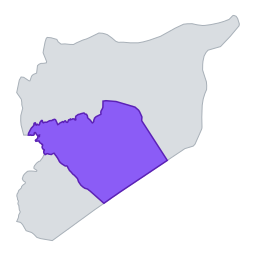 location of Homs (Hims) within Syria
{"feature_id": "SYR-139", "entity_name": "Homs (Hims)", "entity_type": "Province", "adm_level": 1, "iso_a3": "SYR", "parent_name": "Syria", "parent_adm1": "", "projection": "equal_earth", "projection_center": [37.187, 34.261], "detail": "fine", "context": "in_parent", "style": "filled", "palette": "violet", "viewbox_px": 256, "rotation_deg": 0, "n_neighbors": 0, "source": "natural_earth", "source_scale": "10m", "svg_char_len": 6523}
<svg xmlns="http://www.w3.org/2000/svg" viewBox="0 0 256 256"><path d="M21.1,77.0L23.7,77.3L29.1,80.9L30.0,80.8L31.6,76.1L33.2,74.5L36.6,73.1L37.5,65.6L39.1,64.2L41.0,63.4L43.9,63.3L46.4,62.8L46.6,61.5L43.1,52.8L43.4,50.6L45.1,41.9L46.2,38.5L47.2,37.4L51.2,37.8L56.8,39.4L58.2,41.9L61.0,44.1L65.0,43.9L69.8,44.4L73.5,44.5L76.4,42.9L83.0,40.0L86.3,39.0L89.3,37.7L98.9,33.0L102.8,33.3L105.4,34.0L107.4,34.7L112.0,38.0L115.8,41.3L118.4,42.3L123.1,42.2L129.9,42.8L138.3,42.8L143.2,41.9L149.4,40.2L160.5,36.3L175.1,28.2L183.6,24.2L187.3,23.8L192.1,23.7L197.0,24.8L202.5,25.5L205.0,25.4L210.9,24.6L218.5,23.0L223.3,21.6L229.1,19.4L232.7,15.7L233.8,15.4L235.4,16.0L236.1,16.3L237.6,18.4L239.3,23.8L239.3,24.4L239.0,25.9L235.3,30.3L230.3,36.3L226.7,40.1L220.5,46.6L215.9,47.9L208.0,50.2L206.0,52.5L204.1,56.1L203.0,61.1L202.7,64.2L202.6,70.0L204.5,76.0L206.4,81.8L206.7,85.7L206.6,89.5L204.9,93.5L203.2,99.0L202.2,105.3L201.8,117.1L202.0,127.1L201.8,128.8L198.7,135.9L195.0,144.2L193.2,146.1L184.9,148.6L175.8,154.7L165.6,161.5L156.3,167.7L146.6,174.2L136.5,181.0L129.3,185.8L119.6,192.3L110.7,198.5L101.8,204.8L95.0,209.5L84.6,217.1L78.5,221.5L69.5,228.1L61.6,233.8L52.3,240.6L40.6,238.6L36.9,237.4L33.8,234.2L31.6,232.5L26.1,230.7L22.6,224.6L20.5,222.4L16.7,221.5L18.4,217.6L18.7,215.0L20.3,211.9L19.3,209.8L18.8,205.4L18.1,204.4L17.9,203.2L18.4,201.8L18.2,200.4L17.6,199.8L17.3,197.6L16.8,196.0L17.1,194.0L17.9,192.8L18.8,190.3L19.7,189.6L21.3,188.0L21.7,186.4L23.1,184.9L25.0,183.6L25.4,182.6L25.2,182.0L23.3,180.8L22.3,178.8L23.2,175.9L23.8,174.9L25.0,173.5L27.5,171.3L29.5,171.0L31.2,171.0L34.0,171.2L36.3,171.5L36.8,171.0L36.8,170.3L34.0,168.5L33.9,167.1L34.6,165.6L36.5,163.2L38.8,161.4L40.0,161.1L42.7,157.6L44.4,153.6L41.7,144.0L40.0,142.5L37.3,141.2L35.7,141.0L35.6,140.4L37.8,137.9L39.3,135.8L37.6,133.8L34.6,132.9L33.5,134.9L29.6,135.1L23.7,135.1L21.1,125.0L20.7,120.7L20.8,115.6L22.7,108.2L21.8,104.8L21.8,102.5L21.3,99.3L16.7,92.6L19.3,80.1L21.1,77.0Z" fill="#d9dde1" stroke="#a8b0b8" stroke-width="1"/><path d="M37.8,135.4L37.0,135.1L36.4,134.4L35.6,132.8L35.0,132.5L34.3,133.0L34.2,133.4L34.2,134.2L34.1,134.7L33.8,135.0L33.4,135.2L31.4,135.3L31.1,135.2L30.7,134.9L30.4,134.9L30.0,135.2L29.8,135.2L28.3,135.1L28.4,134.6L28.5,133.7L28.5,133.4L30.9,128.8L31.7,127.6L31.8,127.5L32.1,127.4L32.3,127.2L32.9,126.4L33.7,125.6L33.9,125.4L33.9,125.2L33.9,124.9L33.9,124.5L33.9,124.3L33.9,124.1L34.0,123.7L34.1,123.4L34.3,123.1L34.6,123.0L35.2,122.8L35.5,123.2L35.5,123.4L35.4,123.4L35.3,123.5L35.1,123.8L35.1,124.0L35.3,124.1L35.6,124.3L35.9,124.8L36.0,125.0L36.3,125.1L36.8,124.4L37.0,124.2L37.3,124.2L37.5,124.3L37.8,124.8L38.8,125.0L39.0,125.0L39.2,124.8L39.5,124.5L39.5,124.4L39.5,123.9L39.6,123.7L39.8,123.4L39.9,123.1L39.9,122.8L39.9,122.5L40.7,121.5L41.0,121.0L41.3,120.6L41.8,120.4L42.0,120.4L42.1,120.5L42.3,120.6L42.4,120.8L42.4,121.0L42.1,121.3L42.1,121.5L42.5,121.8L42.8,122.0L42.8,122.3L43.0,122.6L43.3,122.7L43.5,122.8L43.7,122.7L43.8,122.7L44.2,122.4L45.0,122.2L46.7,122.3L49.4,120.8L49.7,120.7L49.8,120.7L50.0,120.7L50.3,120.6L50.5,120.6L51.8,120.6L52.4,120.0L52.6,119.9L52.8,119.9L53.1,119.9L53.3,119.9L53.9,119.4L54.1,119.4L54.3,119.3L54.7,119.4L55.1,119.5L55.6,120.0L55.8,120.2L55.8,120.3L56.9,122.6L57.7,124.6L58.4,124.4L58.6,124.2L60.3,122.7L60.6,122.6L60.9,122.5L61.4,122.4L61.6,122.4L62.1,121.8L62.2,121.7L62.3,121.6L62.5,121.6L62.9,121.8L63.0,121.9L63.3,122.0L63.6,122.2L63.7,121.9L63.9,121.7L64.1,121.5L64.9,120.9L65.1,120.8L65.3,120.8L65.5,120.9L65.6,121.0L65.8,121.2L65.9,121.3L66.0,121.7L66.1,121.9L66.2,122.1L66.3,122.1L66.7,122.3L67.1,122.4L67.3,122.4L67.5,122.2L67.8,122.0L67.9,121.7L68.0,121.2L68.3,120.7L68.5,120.2L68.6,119.9L68.8,119.8L69.3,119.8L69.8,119.9L70.0,119.9L70.0,119.7L70.1,119.4L70.2,119.1L70.4,119.1L70.5,119.0L70.9,119.3L71.2,119.4L71.5,119.5L71.7,119.4L72.0,119.3L72.3,119.1L72.5,118.9L73.2,118.9L73.4,118.9L73.6,118.9L74.0,118.9L74.3,119.0L74.5,119.1L74.8,119.7L74.9,119.8L75.0,119.9L75.1,120.0L75.4,120.0L75.5,120.0L75.7,119.9L75.8,119.8L75.8,119.7L75.8,119.4L75.8,119.2L75.6,118.7L75.6,117.3L75.7,116.7L75.9,116.2L76.1,116.0L76.3,115.8L77.0,115.4L78.0,114.6L78.3,114.5L78.4,114.4L78.7,114.4L78.9,114.4L79.4,114.3L80.9,113.7L83.8,113.0L84.0,113.0L84.3,113.2L84.5,113.4L84.9,113.9L85.1,114.0L85.3,114.1L85.5,114.2L86.2,114.2L86.3,114.2L86.5,114.3L86.7,114.6L86.8,114.8L86.9,115.0L87.0,115.2L87.0,115.3L87.2,115.5L87.3,115.7L87.5,116.3L87.5,116.6L87.5,117.0L87.6,117.6L87.7,117.8L87.8,117.9L88.1,118.2L88.3,118.4L90.2,120.1L90.5,120.4L90.8,120.9L92.1,122.7L92.3,122.9L92.5,122.9L92.8,122.7L93.4,122.0L93.5,121.9L93.6,121.6L93.7,121.4L93.8,121.2L93.8,120.9L93.8,120.7L93.8,120.2L94.0,119.7L94.2,119.3L94.2,119.2L94.4,118.9L94.5,118.8L94.5,118.7L94.5,118.3L94.5,118.2L95.6,117.1L96.2,116.6L100.7,114.4L100.9,114.2L101.0,114.0L100.8,112.5L100.8,112.1L100.9,111.7L101.0,111.4L101.1,110.9L101.3,110.6L102.1,109.2L102.4,108.6L102.8,107.6L102.9,106.9L103.0,101.9L103.0,101.1L106.0,100.7L116.0,101.5L135.0,107.1L138.5,110.1L139.5,111.6L141.8,116.6L141.9,117.0L141.9,117.4L141.7,120.0L141.7,120.5L141.9,120.9L142.0,121.2L147.7,130.0L167.3,160.4L119.6,192.3L111.2,198.1L103.9,203.3L89.8,190.8L88.8,190.1L87.9,189.3L87.7,189.2L87.4,189.0L87.2,188.9L86.7,188.8L86.3,188.7L85.0,188.3L84.5,188.1L84.2,187.8L83.2,187.2L80.9,185.2L78.5,181.7L78.4,181.1L78.2,180.8L78.0,180.1L77.9,179.7L77.6,178.9L77.4,178.5L74.1,175.0L73.7,174.8L73.1,174.4L70.4,171.3L69.9,170.9L69.6,170.7L67.8,167.5L67.7,167.2L67.5,166.6L67.4,166.5L67.4,166.4L67.2,166.2L66.5,165.9L65.8,166.0L65.5,166.0L65.3,166.0L64.9,165.8L61.6,163.7L61.4,163.5L61.0,163.2L59.8,162.1L59.7,161.7L59.3,161.4L59.2,161.2L59.1,160.9L58.8,160.3L58.7,160.1L58.5,159.7L58.4,159.6L58.2,159.2L57.7,158.3L57.5,157.9L57.3,157.6L56.7,156.9L56.2,156.0L55.7,155.5L54.9,154.4L54.8,154.2L54.4,153.5L54.2,153.3L53.8,153.3L52.7,153.7L51.5,154.4L51.4,154.5L51.1,154.5L48.7,154.1L48.1,153.7L47.9,153.7L47.1,153.7L46.6,153.8L45.8,154.4L45.1,154.6L44.9,154.1L44.0,153.2L43.8,152.6L43.7,151.7L43.9,151.1L44.3,150.6L44.3,150.0L44.2,149.7L43.9,149.6L43.7,149.7L43.4,149.5L43.1,149.1L42.3,148.0L42.2,147.6L42.1,147.2L42.1,146.9L42.2,146.6L42.3,146.4L42.4,146.1L42.6,145.4L42.6,144.9L42.4,144.5L41.9,144.0L41.6,144.1L41.4,143.9L40.9,143.3L40.3,143.0L39.8,142.6L39.5,142.0L39.3,141.2L38.8,141.0L37.9,141.0L36.9,141.0L36.1,141.3L35.9,141.3L35.8,141.2L35.4,140.3L36.0,139.7L36.9,139.1L37.6,138.5L37.7,137.8L37.7,137.1L37.8,136.6L38.3,136.3L38.8,136.4L39.1,136.7L39.4,136.5L39.5,135.1L38.7,135.4L37.8,135.4Z" fill="#8b5cf6" stroke="#5b21b6" stroke-width="1.5"/></svg>